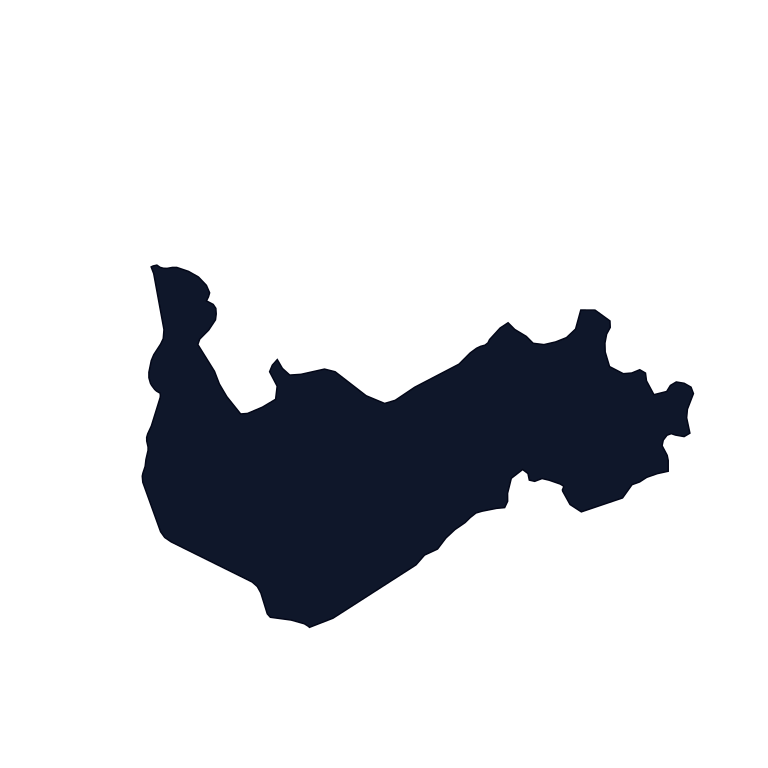 map outline of Katsina (Natural Earth projection), rotated 241°
{"feature_id": "NGA-2870", "entity_name": "Katsina", "entity_type": "State", "adm_level": 1, "iso_a3": "NGA", "parent_name": "Nigeria", "parent_adm1": "", "projection": "natural_earth1", "projection_center": [7.789, 12.229], "detail": "fine", "context": "isolated", "style": "filled", "palette": "ink", "viewbox_px": 768, "rotation_deg": 241, "n_neighbors": 0, "source": "natural_earth", "source_scale": "10m", "svg_char_len": 2139}
<svg xmlns="http://www.w3.org/2000/svg" viewBox="0 0 768 768"><g transform="rotate(241 384 384)"><path d="M363.1,117.0L415.0,125.4L420.6,127.9L423.0,130.0L427.8,135.2L433.4,139.2L440.4,145.5L443.3,147.1L449.4,148.9L449.6,149.1L452.3,150.5L455.0,153.2L460.1,160.2L480.6,181.6L482.1,182.7L484.1,183.6L484.9,183.6L485.7,183.0L488.1,181.6L490.4,180.8L495.5,180.1L497.9,180.1L503.4,181.4L508.3,184.1L517.3,191.8L521.3,196.9L527.2,208.0L530.7,212.9L538.2,217.9L592.2,236.1L599.3,237.1L599.2,239.2L598.1,243.0L594.6,244.7L592.0,247.4L590.2,250.6L588.6,255.3L586.4,259.3L577.3,267.6L567.5,273.6L556.4,276.5L548.3,275.7L545.3,272.7L542.8,269.0L536.4,273.2L531.7,273.6L526.6,271.2L521.8,267.7L516.2,256.9L512.6,244.6L508.8,240.3L477.3,241.9L463.8,240.0L449.1,240.4L427.3,244.1L424.4,250.4L422.7,266.5L423.2,281.8L433.9,289.5L450.2,289.9L454.6,295.4L457.1,302.5L446.9,302.7L437.5,305.9L432.7,316.1L425.9,339.2L418.4,347.2L382.4,362.7L366.7,375.1L364.3,385.9L366.3,409.3L365.0,459.2L369.4,474.5L370.4,482.3L370.1,486.8L369.0,491.2L369.6,494.9L371.7,497.9L376.7,512.8L377.4,522.2L368.3,524.8L356.7,531.5L347.3,534.2L340.9,543.0L337.6,554.5L336.1,566.1L339.2,578.2L353.3,592.0L346.3,604.4L329.6,612.2L323.8,609.3L319.7,602.9L312.7,597.1L304.8,593.0L289.9,589.7L277.0,598.3L273.5,606.0L272.5,614.6L266.8,618.0L259.5,615.1L243.8,614.9L240.4,627.6L243.9,633.8L244.1,640.6L239.1,646.9L232.4,651.0L225.6,650.0L214.9,637.2L207.7,632.3L192.7,627.7L192.5,621.0L198.1,614.1L201.3,611.2L202.0,606.7L199.5,601.0L195.2,597.3L184.3,597.1L179.3,595.5L169.9,590.3L173.1,579.6L175.0,568.5L174.4,560.1L175.7,552.1L168.7,537.4L176.5,494.6L188.4,488.3L203.6,488.3L204.9,488.7L206.7,491.0L207.8,491.5L211.1,489.6L219.8,481.8L224.7,476.4L225.8,468.6L229.5,464.5L235.9,466.5L242.0,463.8L239.8,449.6L228.5,439.1L221.5,435.3L217.4,429.6L220.7,422.1L225.2,408.1L226.6,401.9L225.4,394.7L223.5,387.8L222.3,375.5L219.3,363.5L213.7,350.8L214.7,336.5L210.3,324.3L203.9,225.8L207.3,200.8L208.5,200.5L212.9,198.1L222.6,188.3L235.1,171.5L239.6,170.5L261.0,175.0L268.3,175.0L274.7,172.7L349.1,121.3L356.1,117.8L363.1,117.0Z" fill="#0f172a" stroke="#020617" stroke-width="1.5"/></g></svg>